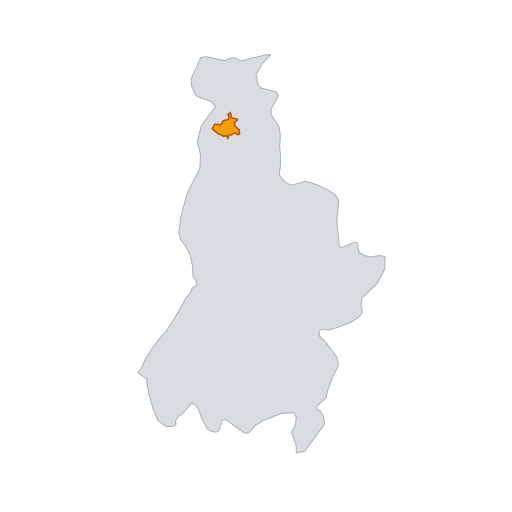 location of Lenart within Slovenia, rotated 292°
{"feature_id": "SVN-208", "entity_name": "Lenart", "entity_type": "Municipality", "adm_level": 1, "iso_a3": "SVN", "parent_name": "Slovenia", "parent_adm1": "", "projection": "mercator", "projection_center": [15.838, 46.572], "detail": "fine", "context": "in_parent", "style": "filled", "palette": "amber", "viewbox_px": 512, "rotation_deg": 292, "n_neighbors": 0, "source": "natural_earth", "source_scale": "10m", "svg_char_len": 2595}
<svg xmlns="http://www.w3.org/2000/svg" viewBox="0 0 512 512"><g transform="rotate(292 256 256)"><path d="M447.8,194.1L437.0,189.8L424.0,188.0L421.5,190.3L416.3,192.7L413.6,197.0L415.7,213.8L412.5,216.7L397.7,215.0L392.8,216.9L384.8,228.6L376.6,233.5L366.1,237.0L358.3,241.3L348.5,244.9L340.2,247.1L336.9,252.2L334.9,257.9L335.4,263.3L343.9,274.0L345.0,285.4L344.1,299.3L342.2,306.8L338.8,311.7L318.0,318.1L296.3,329.5L295.8,332.1L305.7,342.2L306.1,344.7L297.9,350.5L297.1,356.2L298.1,362.9L302.4,369.7L304.0,375.9L292.0,380.3L276.0,378.7L256.9,370.1L250.2,371.4L243.8,375.8L237.2,373.9L229.9,368.6L219.6,357.6L214.6,350.9L212.5,343.7L209.7,342.7L205.5,344.8L202.0,353.5L192.4,369.1L185.4,373.4L174.8,372.5L159.9,372.7L150.7,374.0L139.3,368.5L136.6,369.5L136.5,373.2L132.3,378.9L125.4,382.6L93.2,374.2L88.6,367.2L95.9,363.9L105.9,354.8L112.8,355.8L121.2,353.9L124.9,350.1L119.6,338.6L106.2,324.4L99.1,319.1L89.3,315.5L87.6,311.7L93.0,289.3L91.4,286.1L80.2,287.1L77.6,284.8L76.7,280.9L77.4,275.6L84.9,266.8L93.3,259.1L95.6,254.7L95.3,251.3L84.5,247.9L78.1,244.3L72.9,243.1L69.4,245.1L66.8,242.9L64.2,236.4L66.8,226.5L76.4,217.3L86.8,209.2L95.8,203.3L101.0,200.7L103.5,190.5L108.9,191.6L119.6,192.1L131.5,194.4L142.6,197.3L152.4,200.9L172.9,204.6L191.5,206.9L197.2,209.0L201.8,208.8L207.4,211.9L210.8,209.6L213.2,205.5L223.4,200.6L232.7,194.3L239.3,186.2L243.0,179.8L249.4,175.3L256.3,174.0L262.5,171.7L289.0,168.7L316.2,171.1L329.1,166.6L339.8,158.8L355.4,156.6L356.2,156.5L379.5,162.5L381.3,159.0L382.3,157.5L381.9,140.5L389.3,132.7L396.1,129.4L419.4,130.5L422.4,135.7L423.6,143.8L425.7,154.7L429.6,157.7L431.7,162.0L431.3,169.5L435.9,175.1L446.5,190.2L447.8,194.1Z" fill="#d9dde1" stroke="#a8b0b8" stroke-width="1"/><path d="M357.6,167.8L360.3,168.0L362.5,168.3L363.1,169.2L363.3,169.9L363.7,171.5L363.8,172.1L363.8,173.0L364.5,173.7L365.7,174.7L366.6,175.0L367.2,175.0L367.9,174.4L369.5,175.3L371.6,178.4L372.3,179.1L372.8,179.3L373.1,179.0L373.9,179.0L374.3,178.9L375.7,177.9L376.6,177.0L379.3,178.4L377.8,179.7L377.1,180.0L375.7,181.0L375.2,181.9L374.9,182.5L376.0,186.7L375.4,188.0L371.5,185.9L370.6,186.6L369.2,187.4L368.5,188.1L368.2,188.9L367.8,189.6L367.6,190.6L367.2,191.3L366.9,193.0L363.1,195.0L362.2,194.6L361.5,193.0L361.7,192.6L362.0,192.0L362.4,191.5L362.1,190.5L361.4,189.6L359.2,188.0L358.9,187.4L358.8,186.7L358.4,186.1L357.9,185.8L357.3,185.6L356.5,185.8L354.6,185.8L356.5,183.6L356.1,183.2L355.8,182.6L355.4,182.1L354.7,181.1L355.4,178.5L355.1,175.9L355.5,173.7L356.7,170.3L357.0,168.6L357.4,168.3L357.6,167.8Z" fill="#f59e0b" stroke="#b45309" stroke-width="1.5"/></g></svg>